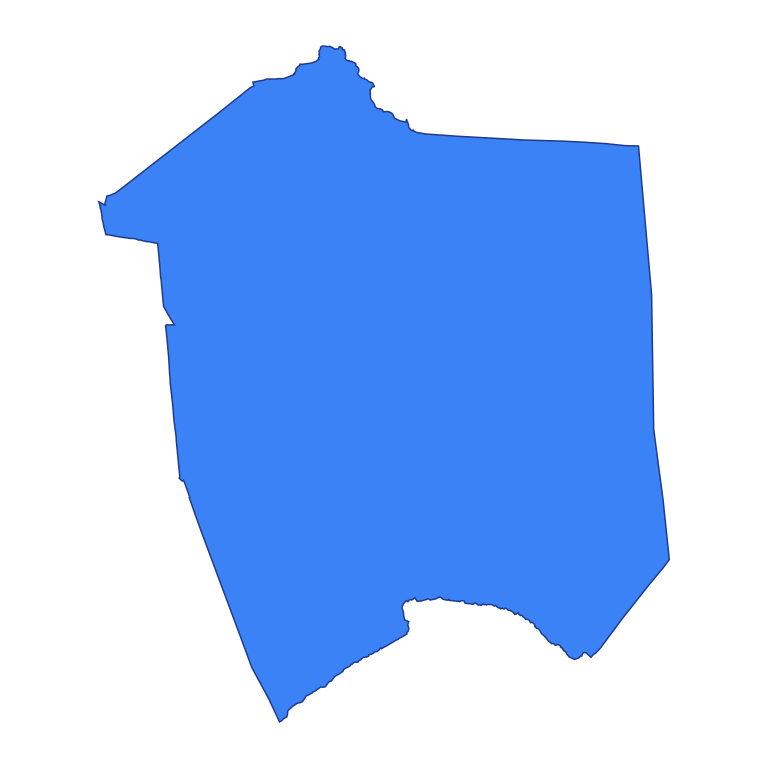 Jurilovca, Tulcea, Romania
{"feature_id": "2599482B31107458884673", "entity_name": "Jurilovca", "entity_type": "district", "adm_level": 2, "iso_a3": "ROU", "parent_name": "Romania", "parent_adm1": "Tulcea", "projection": "albers", "projection_center": [28.891, 44.764], "detail": "fine", "context": "isolated", "style": "filled", "palette": "blue", "viewbox_px": 768, "rotation_deg": 0, "n_neighbors": 0, "source": "geoboundaries", "source_scale": "gbopen_adm2", "svg_char_len": 6014}
<svg xmlns="http://www.w3.org/2000/svg" viewBox="0 0 768 768"><path d="M638.5,146.0L624.7,145.6L605.6,143.6L585.7,142.3L564.9,141.2L523.8,140.0L455.2,136.1L425.8,134.0L416.2,132.3L413.8,131.2L413.8,130.5L413.4,130.1L413.1,130.0L412.6,130.5L412.3,130.5L410.6,129.8L409.9,128.7L409.9,128.4L409.4,128.4L408.7,127.5L408.5,125.8L408.6,125.3L408.3,124.1L407.7,123.1L407.5,122.3L407.7,122.1L406.8,121.3L406.8,120.8L406.9,120.7L406.6,120.3L406.8,120.1L406.7,119.9L406.4,119.7L406.0,121.5L405.7,122.1L399.5,120.7L397.6,119.6L396.7,119.4L394.5,118.2L394.0,117.0L393.6,116.4L393.2,115.1L392.8,114.4L392.0,113.4L390.9,112.7L388.3,111.6L386.2,111.5L384.9,111.8L384.0,111.8L383.1,111.3L382.8,110.5L382.1,109.6L380.7,109.0L377.5,108.5L376.6,108.0L375.1,106.7L374.7,104.9L373.5,102.6L372.4,101.5L370.9,99.3L370.5,97.8L370.3,93.1L370.1,92.1L370.2,89.9L371.0,89.2L371.4,88.4L371.5,87.5L372.4,86.9L373.9,86.8L374.2,86.6L374.3,86.4L374.2,85.9L373.9,85.3L372.6,83.6L372.9,83.2L372.6,82.9L370.8,82.2L370.2,82.3L367.8,80.9L366.9,79.9L364.1,78.8L363.9,78.5L364.0,78.2L363.0,78.4L362.2,78.2L360.8,77.1L360.0,76.7L357.9,74.4L357.8,73.8L357.9,73.0L358.6,71.6L358.8,70.5L358.9,69.2L358.3,68.0L357.3,66.8L355.8,66.0L355.9,64.4L355.6,63.7L355.0,63.1L351.4,61.3L350.1,61.5L349.8,61.0L349.2,60.7L348.1,60.9L346.1,59.8L345.3,59.0L345.1,58.5L345.6,57.5L345.6,55.6L345.7,55.1L345.1,54.7L345.0,54.3L345.5,53.7L345.5,52.6L344.6,51.6L344.5,51.0L344.7,50.3L344.1,50.2L343.9,49.7L342.5,49.7L342.3,48.9L342.5,48.3L342.2,47.9L341.0,47.3L340.2,46.6L339.4,46.6L338.2,48.9L334.3,49.0L333.7,48.7L332.5,47.5L331.3,47.2L329.8,46.3L326.8,46.6L325.2,46.1L322.5,46.1L321.7,46.3L320.7,47.0L320.2,49.4L319.0,51.5L319.4,53.8L318.9,54.5L319.5,56.6L319.2,57.2L318.4,58.1L318.4,58.6L318.8,59.4L317.9,59.8L316.1,61.3L311.3,63.1L302.2,64.3L300.1,64.1L299.9,64.3L299.9,65.3L297.8,66.8L297.1,67.4L296.9,67.9L296.1,68.5L295.9,69.3L295.9,69.9L296.1,70.3L294.6,73.2L293.7,73.9L294.2,74.4L293.7,74.7L285.9,77.8L283.0,78.7L277.9,78.6L276.2,79.0L266.6,79.0L265.8,79.5L263.6,80.2L252.9,82.1L253.8,86.0L250.0,87.9L218.3,113.2L115.7,192.9L109.7,195.4L106.9,196.0L106.3,198.6L104.8,203.8L104.9,205.2L100.4,202.7L99.8,202.1L98.7,201.8L99.2,202.8L100.0,206.2L100.1,207.2L100.7,209.4L101.1,210.1L101.1,211.4L101.6,213.0L101.6,214.7L101.9,215.9L102.2,219.1L102.9,221.6L103.9,226.9L104.2,227.6L104.5,229.3L105.6,233.2L105.8,233.3L106.0,234.7L109.7,235.0L117.7,236.6L126.5,237.9L127.8,237.9L128.7,238.3L135.2,238.7L138.4,240.0L140.7,240.1L144.0,241.1L147.6,241.7L149.0,241.7L157.7,243.5L160.1,269.5L160.4,274.5L160.7,277.6L160.9,278.4L161.3,281.8L162.5,294.9L162.5,295.7L162.6,296.1L163.6,306.5L170.5,318.6L174.5,324.8L166.6,324.9L165.9,325.1L165.7,325.4L165.6,325.8L166.5,333.8L168.7,357.6L169.7,375.6L170.1,377.8L170.2,383.0L172.9,406.4L173.2,411.3L174.1,421.6L176.1,436.6L176.4,441.9L179.8,477.0L179.7,477.5L179.3,477.7L179.3,478.3L179.6,478.8L181.5,480.3L182.2,481.1L183.6,480.2L186.0,486.6L189.8,497.5L189.3,497.6L190.1,500.0L194.7,513.2L201.6,532.4L240.8,637.6L251.8,667.5L268.4,698.1L279.6,721.9L282.0,720.5L283.5,718.6L286.8,716.9L287.6,713.9L287.7,711.0L289.5,709.1L293.5,705.7L297.5,703.2L300.4,702.6L302.5,701.5L305.9,696.6L306.3,695.7L307.7,695.3L312.2,693.0L313.2,691.8L315.8,690.8L317.3,689.4L320.8,686.9L321.9,687.2L324.1,687.1L325.4,686.7L328.1,682.9L329.5,681.5L331.2,681.2L334.5,676.8L335.4,676.0L339.5,673.8L341.6,672.1L342.6,671.8L343.1,671.0L343.4,669.7L345.9,667.9L349.3,666.5L350.0,665.8L350.9,664.6L352.1,664.3L353.7,662.6L355.5,662.1L357.1,662.3L358.0,662.0L358.4,661.0L361.2,659.5L361.8,658.5L363.2,657.5L365.1,657.0L366.4,657.1L367.7,656.6L368.8,655.9L368.8,654.9L370.6,654.2L371.1,654.4L373.2,653.3L374.7,651.9L376.9,651.6L379.5,649.6L379.5,648.9L380.8,647.9L381.4,648.6L388.2,645.0L389.9,643.8L393.2,642.0L396.0,640.1L398.0,639.5L398.9,638.4L401.4,637.3L406.9,634.1L406.9,632.2L407.9,631.6L408.5,629.9L408.8,628.6L408.5,627.0L407.8,625.2L408.1,623.5L408.8,621.7L404.7,619.8L403.9,616.6L403.2,611.4L401.9,607.5L403.3,604.0L406.3,600.6L407.9,601.7L409.9,599.5L411.6,600.0L412.6,599.5L414.8,597.7L417.2,601.3L417.5,601.3L420.3,601.2L426.3,599.5L428.0,598.8L428.8,599.0L429.4,599.6L430.1,600.0L431.0,599.9L436.4,598.7L438.5,597.3L439.4,597.1L440.6,597.3L442.2,598.4L442.6,599.0L443.4,599.4L447.0,600.1L447.9,600.1L448.6,599.3L449.1,599.5L449.0,600.1L449.5,600.4L450.7,600.6L452.5,600.6L453.4,601.0L455.3,600.8L457.4,601.5L458.6,601.1L459.4,601.7L460.3,601.4L461.1,600.7L464.1,600.9L464.2,601.3L464.6,601.9L464.6,602.7L465.2,603.2L466.6,603.5L469.9,603.7L472.6,604.2L473.6,603.9L475.0,602.8L475.5,603.0L475.8,603.5L477.3,604.2L478.0,605.0L478.7,605.1L480.0,604.9L480.9,605.3L482.1,604.8L482.6,604.2L483.2,604.0L484.1,604.7L485.8,604.5L486.3,604.9L486.8,604.9L487.6,604.5L488.4,604.4L492.1,604.6L494.2,606.1L495.7,605.5L497.3,607.1L498.5,607.8L499.4,607.7L499.9,608.4L500.7,608.9L502.5,608.1L503.7,608.9L504.3,608.9L505.2,608.1L506.2,608.3L507.3,609.2L508.1,610.2L510.2,610.4L510.8,610.7L511.1,611.2L512.0,611.4L512.9,612.1L513.8,613.2L514.8,613.8L514.8,614.3L516.2,614.1L517.1,613.6L517.5,612.9L518.2,613.0L518.8,613.4L519.0,614.5L519.7,614.8L520.2,615.5L520.7,615.1L521.3,615.2L522.7,616.1L523.0,616.9L524.5,617.7L525.1,618.5L525.2,619.0L525.7,619.4L527.5,619.4L528.7,619.9L529.4,620.5L530.2,622.2L530.8,622.7L531.9,622.3L532.5,622.5L533.8,623.8L534.7,624.4L534.8,626.0L535.0,626.8L535.4,626.8L535.4,627.1L536.9,628.4L537.4,628.4L538.8,629.3L540.1,630.7L541.3,633.3L542.1,634.2L543.1,634.9L546.8,638.6L547.7,640.3L548.9,641.5L551.8,643.7L553.0,643.5L554.2,644.0L555.2,645.3L556.3,645.1L557.1,644.6L559.3,645.1L560.6,646.1L560.7,646.5L560.5,646.9L560.9,647.4L562.8,648.5L562.9,649.4L563.7,650.7L565.6,651.6L566.8,654.1L569.4,657.1L574.5,659.4L575.3,659.2L578.6,658.0L580.5,656.2L581.8,656.1L582.4,654.1L583.6,652.5L583.9,652.4L586.7,653.0L587.8,654.5L591.0,657.3L593.3,654.6L595.5,653.3L600.4,648.1L622.0,619.0L649.8,583.8L662.6,568.5L669.3,559.6L663.1,500.1L657.9,461.2L653.7,429.1L651.6,294.7L638.5,146.0Z" fill="#3b82f6" stroke="#1e3a8a" stroke-width="1.5"/></svg>